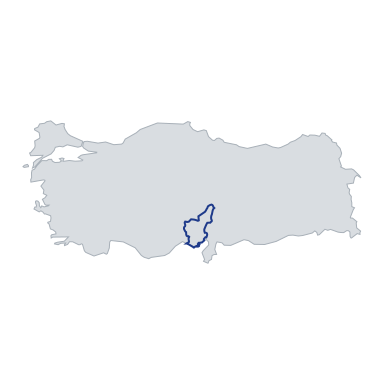 Adana on a map of Turkey (Mercator projection)
{"feature_id": "TUR-3018", "entity_name": "Adana", "entity_type": "Province", "adm_level": 1, "iso_a3": "TUR", "parent_name": "Turkey", "parent_adm1": "", "projection": "mercator", "projection_center": [35.602, 37.508], "detail": "fine", "context": "in_parent", "style": "outline", "palette": "blue", "viewbox_px": 384, "rotation_deg": 0, "n_neighbors": 0, "source": "natural_earth", "source_scale": "10m", "svg_char_len": 5514}
<svg xmlns="http://www.w3.org/2000/svg" viewBox="0 0 384 384"><path d="M302.6,134.5L308.1,136.5L309.9,135.0L315.0,135.2L319.5,136.3L322.0,133.0L325.1,133.4L325.7,135.1L327.2,135.7L331.9,139.9L331.4,140.4L332.5,142.0L336.5,143.0L336.9,145.1L340.0,148.3L341.6,153.2L340.7,156.6L338.9,158.7L341.4,166.0L340.6,166.9L345.5,169.3L351.6,168.9L353.6,169.9L359.5,175.7L361.0,177.9L356.9,175.2L354.6,177.5L353.4,183.1L346.9,184.1L347.9,187.8L349.7,189.4L349.1,192.8L349.6,194.2L351.3,196.4L351.1,199.5L351.8,202.7L351.8,206.6L354.5,207.8L353.3,209.6L350.3,217.3L350.5,218.0L352.5,218.1L356.9,221.7L356.2,222.9L356.7,227.9L360.6,231.1L359.9,232.7L360.0,234.4L357.2,233.6L351.5,238.0L350.9,237.9L350.1,236.4L349.9,232.0L348.6,230.8L346.8,230.6L343.7,232.6L340.8,232.5L338.0,232.1L330.5,229.4L327.8,230.3L324.9,229.3L319.3,234.7L317.6,235.1L316.8,232.4L314.8,230.9L312.3,233.0L302.7,235.5L298.3,236.0L292.9,235.1L288.4,235.4L276.2,241.4L264.6,244.5L254.2,244.3L248.5,240.6L244.0,239.7L230.7,245.4L224.2,245.2L222.0,242.8L217.0,241.9L215.9,244.1L214.8,249.5L216.6,254.4L213.8,254.6L212.0,255.7L211.5,259.4L208.9,260.8L208.1,263.1L207.6,263.1L203.5,261.3L204.6,259.5L202.0,252.7L203.3,250.6L208.7,245.0L208.5,241.8L206.2,239.5L199.4,243.6L198.8,245.2L197.2,246.4L194.6,246.9L182.5,241.6L175.4,246.2L169.3,253.0L164.7,255.5L151.2,257.4L148.8,258.7L144.2,257.3L141.4,255.5L135.2,247.8L123.3,241.9L110.8,240.5L109.7,242.0L109.3,248.0L107.3,253.6L106.3,254.2L103.6,252.8L94.0,256.0L85.8,252.4L84.4,250.8L82.5,244.3L81.3,243.8L80.0,244.7L78.6,244.7L72.7,241.8L69.5,241.7L67.6,244.4L64.5,245.6L64.4,244.8L65.7,243.0L60.7,243.3L58.1,244.7L54.5,243.9L54.8,243.1L57.7,242.2L64.3,241.2L68.5,236.9L52.7,237.1L51.2,238.0L50.9,235.8L51.8,234.7L56.0,233.9L55.7,232.0L53.2,230.0L50.4,228.9L49.1,224.1L47.7,222.9L47.9,222.2L50.5,221.4L51.0,217.9L50.6,215.7L45.5,213.9L44.4,214.0L43.1,212.2L40.9,210.8L39.2,211.9L34.0,209.0L34.9,207.0L36.2,207.0L36.5,205.4L35.5,202.6L35.6,201.2L36.7,200.8L37.9,201.1L39.2,202.7L39.4,205.9L40.8,207.7L41.7,205.9L44.1,206.9L48.3,205.9L49.1,205.1L46.0,205.2L44.9,204.4L42.4,199.3L44.9,197.8L46.8,195.3L43.3,193.6L43.9,190.1L40.9,186.1L45.0,180.9L44.8,180.2L43.5,179.9L30.9,182.1L30.7,179.7L31.6,177.7L31.5,172.8L32.1,170.1L34.4,169.3L37.3,165.3L41.9,160.6L46.7,160.7L48.7,159.4L51.6,159.3L52.4,161.2L54.9,162.5L59.4,162.3L61.5,161.0L59.4,158.7L62.0,158.0L64.0,158.5L62.9,161.1L63.5,161.3L69.3,160.5L75.3,161.2L82.0,160.8L82.8,160.0L78.1,157.5L81.1,155.3L82.8,154.8L96.7,152.8L96.8,152.2L88.3,151.1L83.8,148.1L82.6,146.5L83.5,142.5L84.4,141.5L87.5,141.3L98.0,143.1L105.6,142.0L113.8,144.7L121.6,144.1L123.2,142.9L125.2,139.1L136.3,132.8L140.2,129.5L157.4,123.0L183.3,124.1L187.8,121.6L190.4,122.4L189.7,124.1L189.9,125.7L193.0,129.5L197.6,131.7L203.9,129.9L206.3,130.6L208.5,136.6L212.5,140.2L214.4,140.5L216.8,138.4L219.1,138.1L222.9,140.2L224.2,142.3L236.5,144.8L239.1,146.6L247.4,148.4L265.8,144.1L272.6,147.0L278.2,148.0L280.6,147.5L288.1,144.1L290.4,142.2L295.1,140.5L300.9,136.7L302.6,134.5ZM64.4,123.8L64.0,126.5L65.1,129.5L67.7,133.6L70.3,135.7L82.8,141.3L81.1,146.4L77.9,147.2L67.2,144.8L62.9,146.9L59.7,146.3L55.3,147.3L54.1,150.4L51.1,153.9L42.5,158.3L34.7,167.0L32.5,168.1L33.5,165.2L33.4,162.6L36.8,159.6L41.6,157.3L42.9,155.3L30.7,155.7L29.6,153.0L30.8,152.5L34.7,147.7L35.1,145.8L34.7,141.0L39.5,138.3L39.9,137.2L39.1,132.5L34.5,129.8L34.7,128.5L37.9,127.2L39.7,123.9L44.5,123.3L46.7,121.7L50.8,120.9L56.0,125.0L62.0,123.4L64.4,123.8ZM28.4,166.7L24.3,167.4L23.0,166.7L24.3,165.3L27.4,164.4L28.5,165.7L28.4,166.7Z" fill="#d9dde1" stroke="#a8b0b8" stroke-width="1"/><path d="M204.2,240.3L203.5,241.2L203.2,241.4L202.8,241.6L202.2,242.3L201.9,242.5L201.2,242.6L199.8,242.7L199.1,242.9L198.9,243.1L198.7,243.6L198.6,243.4L198.4,243.2L198.2,243.6L198.0,243.8L197.8,244.1L197.9,244.5L198.2,244.1L198.6,244.2L198.6,243.9L198.8,243.9L198.9,244.0L199.0,244.0L199.0,243.8L199.0,243.7L198.9,243.5L199.1,243.4L199.2,243.5L199.3,243.7L199.4,243.9L199.6,243.8L199.8,243.7L200.0,243.6L199.2,244.2L198.7,244.6L198.4,245.1L198.5,245.3L198.7,245.1L199.5,244.2L200.0,244.0L199.3,244.7L199.2,244.9L199.1,245.3L198.9,245.6L198.9,245.9L198.9,246.2L198.7,246.3L198.3,246.5L198.1,246.6L197.5,246.6L197.3,246.6L196.8,246.0L196.6,246.0L196.4,246.0L196.2,246.2L196.2,246.4L196.3,246.4L196.5,246.5L197.1,246.7L196.3,246.5L195.6,246.4L195.4,246.5L195.0,246.7L194.9,246.8L194.7,247.0L194.3,247.2L193.9,247.6L193.6,247.5L193.4,247.1L193.2,247.0L192.9,246.9L188.4,244.2L188.0,244.1L187.4,243.7L187.0,243.5L186.8,243.5L186.5,243.5L187.5,242.8L188.2,242.6L188.9,242.0L189.0,241.4L188.9,240.8L188.6,239.6L188.6,238.3L189.2,236.9L188.5,236.2L187.4,236.3L186.6,235.7L186.2,234.4L186.1,232.1L185.3,231.5L184.6,230.2L184.0,228.9L184.0,227.9L184.1,227.4L184.5,226.7L184.8,226.5L185.1,226.2L185.3,225.2L185.2,224.7L184.8,223.5L184.7,222.4L185.2,221.6L186.1,221.7L187.0,222.0L188.8,221.7L191.1,219.3L194.1,219.6L195.7,220.0L197.9,220.8L198.8,220.4L198.4,216.3L205.0,211.8L205.9,210.5L206.7,208.9L207.2,208.3L207.9,206.4L208.7,205.8L210.1,205.0L211.5,204.6L212.4,205.0L213.1,206.1L213.5,207.2L214.3,208.0L213.3,209.0L212.7,210.4L211.9,214.3L211.3,215.8L211.1,217.2L211.1,217.9L211.2,219.0L211.8,220.4L211.7,221.3L211.1,221.8L210.8,222.0L210.3,222.7L208.9,222.7L207.3,222.8L206.5,224.2L205.5,226.4L204.3,229.3L204.3,231.0L204.8,232.7L205.2,232.6L206.3,232.9L206.9,233.3L207.0,233.6L207.2,234.8L206.9,236.0L206.4,237.3L206.0,237.1L205.7,237.1L205.3,237.3L203.9,239.0L203.9,239.9L204.2,240.3Z" fill="none" stroke="#1e3a8a" stroke-width="2"/></svg>